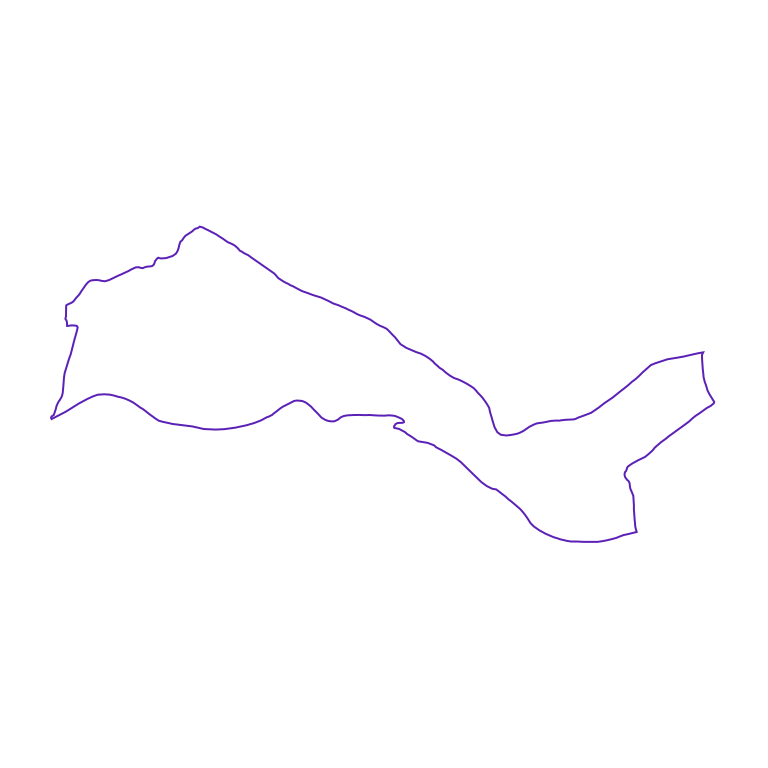 Stueng Traeng, Stœng Trêng, Cambodia (Natural Earth projection), rotated 273°
{"feature_id": "14789045B25849746907404", "entity_name": "Stueng Traeng", "entity_type": "district", "adm_level": 2, "iso_a3": "KHM", "parent_name": "Cambodia", "parent_adm1": "Stœng Trêng", "projection": "natural_earth1", "projection_center": [106.059, 13.658], "detail": "fine", "context": "isolated", "style": "outline", "palette": "violet", "viewbox_px": 768, "rotation_deg": 273, "n_neighbors": 0, "source": "geoboundaries", "source_scale": "gbopen_adm2", "svg_char_len": 5900}
<svg xmlns="http://www.w3.org/2000/svg" viewBox="0 0 768 768"><g transform="rotate(273 384 384)"><path d="M498.7,160.8L498.2,159.0L497.7,154.7L498.0,153.0L498.3,152.0L497.6,151.0L496.0,149.9L494.6,148.8L493.0,148.6L491.0,147.8L489.6,146.2L489.3,144.9L488.9,142.0L488.5,140.1L487.9,138.7L487.0,136.9L487.4,134.2L487.8,133.0L487.5,130.1L486.5,128.1L484.8,125.0L483.4,122.9L481.4,119.0L479.9,116.2L478.3,113.0L475.7,108.2L473.4,104.0L472.0,100.0L472.2,96.7L472.7,94.2L472.8,91.1L472.3,87.1L471.7,85.2L470.2,83.2L467.4,81.0L460.3,76.6L458.2,75.5L456.4,74.2L454.2,72.3L452.6,71.2L450.2,69.5L449.2,68.3L447.8,65.8L446.3,62.9L445.4,62.5L434.6,62.9L433.2,62.5L431.9,62.6L431.1,63.4L429.4,64.1L425.4,64.5L425.5,65.4L426.1,68.5L426.2,69.7L426.2,72.0L426.1,73.4L425.9,74.2L424.6,75.1L421.6,74.7L416.3,73.5L410.5,72.2L403.9,70.9L397.4,69.6L392.1,68.0L385.3,66.3L378.1,64.5L373.7,64.1L365.1,63.9L358.0,63.6L354.7,62.9L352.8,62.0L351.1,61.1L349.4,60.0L347.7,59.2L344.8,58.1L342.4,57.7L339.8,57.0L338.0,56.5L336.6,56.1L335.6,55.7L334.9,54.6L334.2,53.8L333.2,53.3L332.4,53.4L331.6,53.9L339.7,67.7L348.6,80.4L353.5,88.5L356.4,94.0L358.3,98.6L359.1,105.2L359.0,110.9L358.3,115.2L357.5,118.3L356.7,122.9L355.7,126.6L354.1,130.8L352.4,134.5L350.1,138.2L349.0,139.9L347.6,142.0L346.5,144.3L344.5,147.3L342.7,149.7L341.1,152.1L338.8,155.6L337.5,157.6L335.6,160.9L334.7,164.8L334.0,169.2L333.0,175.1L332.4,183.8L331.6,194.8L329.6,206.5L329.7,218.4L330.5,226.6L332.6,237.7L335.5,248.5L338.1,256.1L341.1,262.9L344.6,268.6L345.5,270.8L347.3,273.9L348.7,275.3L351.1,278.2L354.2,281.7L356.2,284.4L357.6,286.9L360.3,291.6L362.3,295.0L362.9,297.5L362.9,300.9L362.8,302.3L362.7,303.3L361.5,306.7L359.8,309.3L357.7,312.2L354.9,315.1L350.9,319.5L347.2,323.3L345.2,327.0L344.2,330.2L343.9,333.4L344.2,336.6L346.2,340.1L348.4,342.5L349.8,345.2L350.6,348.1L351.0,351.1L351.5,356.0L351.8,361.0L351.9,366.5L352.3,371.5L352.2,376.2L352.2,380.3L352.4,386.0L353.0,390.6L352.9,394.0L352.7,396.5L351.9,399.0L351.0,401.4L350.0,403.7L348.3,405.7L346.9,405.9L346.2,404.6L346.1,403.0L346.0,401.5L345.5,399.0L344.5,397.6L342.1,396.2L340.7,396.6L339.9,401.5L338.6,404.2L337.1,407.4L335.2,409.8L333.5,413.0L332.4,414.9L330.5,417.9L329.2,419.9L328.5,421.5L328.2,424.5L327.5,430.7L325.4,437.1L324.4,438.4L323.6,439.2L321.2,444.6L318.6,449.8L316.3,454.4L313.1,460.4L309.8,465.1L299.2,477.1L291.1,486.4L287.4,492.1L285.0,497.7L284.6,501.6L280.1,508.1L279.0,509.7L278.3,510.8L277.4,511.9L275.2,514.5L273.6,517.0L272.3,518.7L271.6,519.6L270.2,521.5L268.3,523.9L266.7,526.0L266.0,526.8L265.0,527.8L263.1,529.6L261.1,531.4L259.3,532.8L257.7,534.1L256.0,535.3L254.3,536.5L252.7,537.6L251.9,538.5L250.0,540.6L249.3,541.5L248.7,542.5L247.5,544.4L246.0,546.8L244.9,549.1L243.9,551.2L243.0,553.0L242.6,554.1L241.5,557.0L241.2,557.8L240.8,559.0L240.2,560.5L239.8,561.8L238.7,566.3L238.1,568.3L237.8,569.9L237.7,570.8L237.4,572.4L237.1,573.8L237.0,574.5L236.8,575.5L236.7,577.2L236.5,578.7L236.8,586.0L236.8,591.5L237.1,597.1L237.5,605.3L238.4,610.0L239.6,614.8L241.1,619.9L242.0,622.6L242.6,624.3L244.1,627.5L244.7,628.9L245.7,631.2L246.9,635.7L248.2,640.0L248.9,642.2L249.0,642.8L249.5,644.1L250.3,643.8L251.2,643.5L252.3,643.1L253.7,642.7L255.7,642.2L258.7,641.9L260.1,641.6L262.4,641.3L263.3,641.2L267.3,640.7L271.9,640.1L276.2,639.9L285.5,638.8L292.6,635.4L294.0,635.1L295.0,634.9L296.2,634.7L297.1,634.6L298.3,634.2L299.4,633.6L300.3,632.8L301.0,631.8L302.1,630.9L303.2,630.0L303.9,629.5L305.9,629.0L306.7,628.9L309.0,629.5L309.4,630.0L310.1,630.4L311.9,630.9L313.9,631.5L315.0,632.7L317.2,635.5L320.7,641.0L324.9,648.6L328.0,652.0L331.7,655.7L334.7,657.8L340.4,663.7L344.0,668.2L346.4,670.8L349.5,674.6L350.3,675.6L359.5,687.0L362.5,690.6L365.6,693.6L368.5,696.8L371.3,700.6L375.8,706.2L377.0,707.7L379.1,711.2L381.9,714.3L383.4,714.7L386.1,712.8L390.4,709.8L394.5,707.4L399.4,705.7L400.2,705.4L402.6,704.3L407.5,702.8L411.1,702.3L415.9,701.5L425.0,700.4L429.7,700.0L432.3,701.1L431.9,699.3L431.1,695.9L429.5,690.2L427.2,682.2L425.7,675.8L424.6,670.7L423.5,665.7L421.2,659.8L419.0,654.1L416.9,649.5L413.5,646.1L409.1,641.6L405.3,638.2L401.8,634.7L399.1,631.4L395.4,627.7L392.2,624.1L389.2,620.6L382.3,612.9L376.4,605.1L371.7,599.7L366.1,592.4L362.3,583.8L360.7,579.9L359.3,577.4L358.6,575.5L357.7,566.8L356.9,562.2L356.6,561.2L356.4,556.9L355.8,552.3L354.7,548.3L353.7,544.1L352.7,538.8L351.3,535.7L348.8,531.3L347.2,529.3L344.4,525.6L342.7,522.7L341.5,520.1L340.7,517.5L339.7,513.2L339.3,510.7L339.0,508.9L339.4,503.3L341.8,499.7L346.6,496.7L352.5,494.5L356.7,493.1L361.4,491.4L365.6,490.3L368.6,488.4L371.6,486.2L375.4,483.1L377.5,481.0L380.3,478.0L382.1,476.4L384.5,473.9L384.8,473.4L386.3,470.9L388.4,467.1L390.7,462.2L392.3,458.3L393.6,453.7L395.7,449.6L398.5,445.3L401.3,441.8L403.1,438.6L404.8,436.6L407.2,433.5L409.1,431.7L411.5,428.4L413.1,425.8L414.2,423.8L414.5,423.2L416.3,419.1L417.4,414.9L421.2,404.5L424.6,398.4L428.6,394.9L431.1,392.7L433.8,389.7L436.7,386.7L439.2,383.9L440.8,380.3L441.8,377.3L443.4,373.9L445.1,371.0L447.4,367.3L448.9,363.8L450.4,359.7L451.3,356.4L452.5,353.2L453.9,350.5L455.0,348.1L456.4,344.5L457.7,341.5L458.8,338.2L460.2,334.6L461.8,329.0L464.1,324.0L465.5,320.5L467.0,316.8L467.8,313.6L469.2,308.1L470.7,303.4L472.0,299.0L472.6,297.0L473.6,294.9L474.8,292.2L476.7,288.3L477.9,285.0L479.0,283.1L480.0,280.5L481.2,278.1L482.7,275.5L484.2,272.9L487.2,270.1L488.7,268.5L503.5,244.7L505.2,242.2L505.7,241.3L506.2,240.0L506.9,238.5L507.5,237.0L508.5,235.6L509.5,233.2L510.9,231.9L512.0,230.8L514.2,228.1L515.6,225.5L516.5,223.2L517.3,220.9L518.7,218.5L520.3,216.1L522.6,212.0L524.5,208.9L525.7,206.3L527.2,202.9L528.5,200.1L529.5,197.5L530.8,194.9L531.5,191.8L529.9,189.8L529.3,187.6L528.1,186.1L526.4,184.5L523.4,180.4L521.6,177.9L519.6,176.4L517.0,174.9L515.4,173.2L512.2,172.3L509.1,171.8L506.1,170.9L503.6,169.6L501.9,167.7L500.7,166.0L499.9,163.9L498.7,160.8Z" fill="none" stroke="#5b21b6" stroke-width="2"/></g></svg>